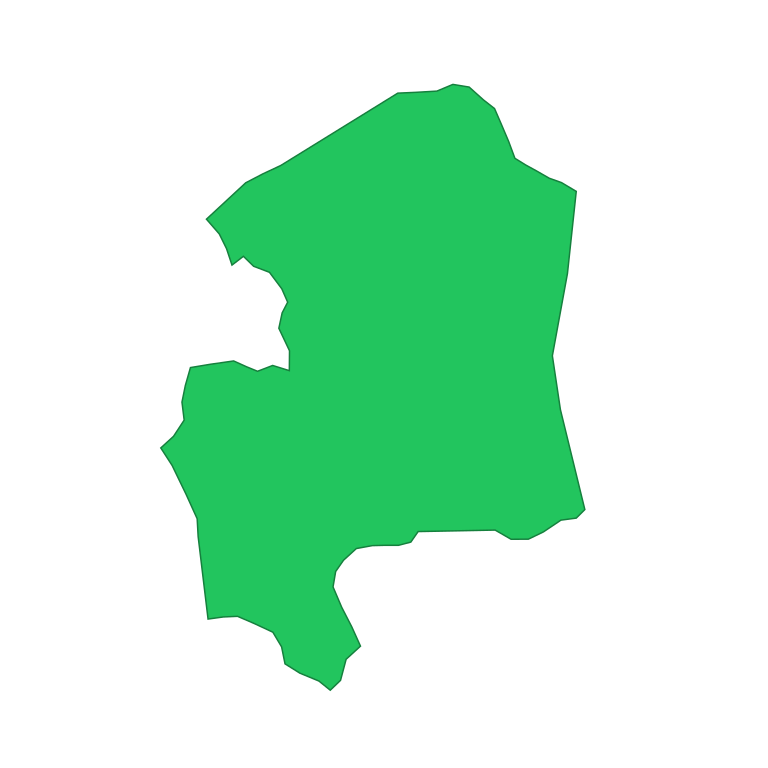 the district of Muniz Ferreira, Bahia, Brazil, rotated 339°
{"feature_id": "56859067B35169228212454", "entity_name": "Muniz Ferreira", "entity_type": "district", "adm_level": 2, "iso_a3": "BRA", "parent_name": "Brazil", "parent_adm1": "Bahia", "projection": "robinson", "projection_center": [-39.098, -13.006], "detail": "fine", "context": "isolated", "style": "filled", "palette": "green", "viewbox_px": 768, "rotation_deg": 339, "n_neighbors": 0, "source": "geoboundaries", "source_scale": "gbopen_adm2", "svg_char_len": 1143}
<svg xmlns="http://www.w3.org/2000/svg" viewBox="0 0 768 768"><g transform="rotate(339 384 384)"><path d="M526.5,573.2L539.5,471.2L551.3,418.0L594.8,346.7L632.5,273.1L621.9,259.6L612.0,251.1L602.8,239.8L594.6,230.1L587.1,220.2L587.3,202.3L586.6,182.7L585.9,166.5L578.6,154.3L569.9,137.3L555.7,129.0L538.3,129.5L518.5,123.2L501.1,117.4L365.9,143.0L346.3,144.4L327.0,146.6L277.3,166.5L284.0,184.9L285.5,201.2L284.7,218.5L298.5,214.4L304.5,227.4L317.1,238.7L322.7,258.5L323.4,273.1L314.4,281.1L305.8,294.3L307.7,319.1L300.4,337.6L286.7,326.8L270.5,326.8L261.8,318.6L251.9,308.6L229.2,303.4L209.2,299.3L198.0,314.2L188.9,328.5L184.5,346.1L168.8,357.4L152.7,363.7L157.0,384.1L159.7,416.1L161.3,442.8L155.8,459.9L135.5,540.4L150.5,543.9L164.0,548.4L177.5,561.6L191.3,575.9L194.2,592.7L191.3,609.8L201.9,623.9L216.7,637.9L224.1,650.6L237.2,645.1L250.0,627.4L268.1,620.3L266.9,599.3L264.5,577.3L263.7,555.2L271.7,541.7L283.1,534.0L299.2,527.7L315.2,530.7L327.0,534.9L339.8,539.8L352.4,541.2L363.0,534.0L435.4,560.2L447.0,574.5L463.2,580.6L479.9,579.2L500.4,574.5L515.4,578.1L526.5,573.2Z" fill="#22c55e" stroke="#15803d" stroke-width="1.5"/></g></svg>